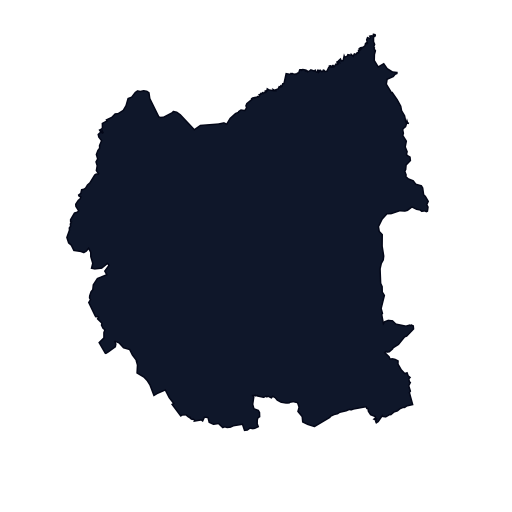 the district of Castleisland Lea-4, Kerry, Ireland, rotated 257°
{"feature_id": "5873133B10619392934553", "entity_name": "Castleisland Lea-4", "entity_type": "district", "adm_level": 2, "iso_a3": "IRL", "parent_name": "Ireland", "parent_adm1": "Kerry", "projection": "mercator", "projection_center": [-9.401, 52.23], "detail": "fine", "context": "isolated", "style": "filled", "palette": "ink", "viewbox_px": 512, "rotation_deg": 257, "n_neighbors": 0, "source": "geoboundaries", "source_scale": "gbopen_adm2", "svg_char_len": 6039}
<svg xmlns="http://www.w3.org/2000/svg" viewBox="0 0 512 512"><g transform="rotate(257 256 256)"><path d="M438.2,166.8L431.7,163.2L427.7,159.4L425.7,153.7L426.1,150.7L423.5,146.7L422.3,141.0L421.2,141.5L419.7,136.1L415.4,135.2L414.5,134.2L413.9,131.9L411.9,132.7L412.7,134.3L410.6,134.7L410.3,134.1L411.7,132.7L409.9,129.6L407.3,129.6L403.1,131.5L398.8,128.4L396.2,127.9L394.5,125.8L390.8,123.3L386.2,123.6L383.7,121.3L379.7,121.6L375.2,119.7L371.6,121.1L371.2,120.4L371.8,118.8L371.2,117.1L364.6,110.6L363.1,107.8L360.5,105.3L359.8,103.5L359.8,101.0L356.4,99.4L355.3,96.9L354.3,97.0L353.1,98.6L351.3,97.6L350.2,95.4L347.0,92.0L344.8,91.7L340.0,93.4L338.9,91.9L338.7,88.8L333.1,83.5L331.1,83.1L330.6,83.8L328.9,82.3L326.8,82.1L325.3,80.4L323.2,80.1L316.6,75.9L310.9,76.4L308.1,78.5L302.4,79.8L299.9,86.2L298.1,89.0L298.9,91.6L301.2,94.7L296.7,95.8L292.5,94.9L285.6,95.3L281.1,93.0L279.7,96.0L278.9,102.9L282.2,109.6L280.0,110.7L275.3,105.3L271.3,106.4L269.7,96.4L264.5,91.0L259.9,89.4L258.3,87.3L254.6,85.0L252.6,84.4L250.8,85.0L248.3,82.6L233.7,85.9L232.8,86.3L232.6,88.3L231.8,88.9L230.4,87.5L225.2,90.8L223.4,89.9L220.0,90.7L218.1,92.2L215.6,90.6L210.4,89.4L206.9,83.7L195.2,87.3L194.9,87.8L195.8,90.5L199.2,98.5L201.7,99.6L204.5,99.2L204.5,99.8L202.1,103.1L196.4,106.3L193.3,111.9L187.4,113.3L180.5,116.4L180.5,115.8L176.4,116.0L168.8,113.8L163.2,119.6L159.1,122.0L154.2,123.7L143.1,125.2L144.3,128.8L145.9,137.5L137.5,139.6L130.8,142.7L130.3,140.9L117.1,146.7L117.7,148.4L117.0,152.0L114.2,154.1L113.5,155.7L112.6,155.4L111.2,157.0L111.1,158.2L109.6,159.4L109.0,158.9L108.6,165.8L107.3,166.9L110.6,169.5L109.4,172.9L104.5,173.0L101.6,176.7L101.2,181.8L96.3,185.0L96.6,187.2L95.4,189.3L95.0,192.5L95.7,195.9L95.1,205.0L88.7,205.6L88.4,208.4L89.7,211.4L88.5,214.0L88.4,216.0L89.2,219.8L92.3,219.4L96.1,220.4L97.9,221.5L98.6,223.4L102.7,224.2L105.0,223.5L107.6,219.6L112.2,219.4L119.1,222.1L120.8,221.4L120.5,223.9L119.9,223.9L119.8,225.9L119.3,225.9L116.6,231.7L117.2,234.2L116.3,234.9L116.7,236.2L114.3,239.1L115.6,240.7L113.6,242.9L110.8,244.3L107.9,247.6L106.0,252.2L105.4,255.2L105.9,256.1L105.7,259.6L103.8,263.5L99.0,264.0L95.1,261.9L89.1,264.9L83.8,264.2L80.3,268.5L76.7,274.6L82.1,291.5L83.2,292.9L84.0,296.7L84.0,300.0L84.9,302.3L84.9,309.1L85.5,312.3L84.7,314.1L85.0,316.8L84.4,329.3L82.5,329.7L82.2,330.8L79.4,330.6L75.6,332.0L72.7,336.1L71.2,335.9L70.5,334.2L69.5,335.3L70.5,336.4L70.2,336.9L67.8,335.4L66.4,335.7L67.2,337.8L72.1,343.2L71.1,343.5L70.1,346.2L71.4,350.5L71.1,351.7L73.0,355.4L73.3,359.0L74.8,361.9L75.4,365.1L75.0,366.7L76.0,369.2L76.0,375.2L88.5,374.7L89.6,376.0L95.2,375.6L98.0,377.9L99.0,377.2L101.9,377.2L103.0,378.8L104.9,377.3L108.2,376.9L108.0,374.5L112.4,371.9L118.7,370.0L121.8,370.8L124.0,368.2L125.1,365.9L125.4,363.4L127.8,363.0L133.0,359.7L133.8,361.3L132.9,362.0L132.7,364.3L134.8,368.2L135.7,368.9L137.8,374.9L143.8,382.6L144.1,384.8L149.5,393.1L152.5,393.5L153.8,391.8L153.3,391.1L154.1,390.3L153.9,386.3L158.2,376.9L162.1,374.4L163.5,370.4L163.0,366.6L161.4,364.9L170.8,365.3L171.6,366.3L176.7,366.1L188.7,372.2L192.5,370.9L197.8,372.0L201.3,371.3L215.6,374.0L220.6,376.4L223.6,379.1L227.2,380.4L237.2,381.1L248.4,383.8L252.2,381.6L257.1,381.9L263.6,387.2L267.7,393.1L266.9,397.2L267.8,406.2L266.3,411.2L266.4,413.8L268.7,419.0L265.4,423.0L264.0,426.2L262.3,427.5L262.0,430.5L260.9,432.0L261.1,433.1L265.0,434.6L267.6,433.9L270.5,436.1L276.0,434.4L277.9,433.1L284.8,433.7L287.2,432.9L290.0,427.8L293.9,426.1L297.0,421.6L299.9,419.7L301.1,420.5L305.1,420.0L306.6,421.3L310.9,422.7L314.3,427.9L317.7,428.3L320.1,425.8L321.5,425.6L323.6,426.7L328.7,425.9L334.1,428.3L340.4,426.1L342.4,427.2L345.8,427.3L347.0,428.0L348.4,430.8L351.1,432.4L351.4,433.2L350.8,434.8L351.7,433.6L353.5,433.5L351.9,432.7L352.6,432.1L359.2,432.3L364.8,430.5L369.4,430.7L376.5,428.7L384.6,425.5L384.4,424.8L394.1,421.6L398.7,423.5L400.0,430.1L401.8,432.4L402.1,434.3L403.1,434.6L404.6,430.4L409.1,425.9L414.6,423.7L412.7,417.6L419.9,415.2L425.7,416.7L429.1,418.5L431.4,417.6L432.1,418.2L433.4,417.8L435.5,419.2L438.3,418.7L441.7,419.5L443.5,420.0L443.2,421.1L443.9,421.8L444.9,421.8L445.6,420.3L443.9,419.5L444.6,417.9L444.6,416.3L443.1,416.7L442.2,415.9L443.7,413.8L441.8,412.5L438.1,412.5L437.9,411.9L439.0,411.8L438.4,410.5L436.3,409.5L435.3,407.4L435.4,404.6L434.7,403.1L434.3,403.1L434.6,404.7L434.2,405.3L432.8,403.2L433.1,402.1L430.8,401.7L431.3,400.3L429.9,398.9L430.8,397.3L428.7,395.6L430.9,394.2L430.2,394.0L431.5,390.8L430.3,390.2L429.7,387.1L431.1,386.9L426.8,384.9L426.9,382.9L428.9,382.6L427.7,380.5L426.4,380.7L427.2,380.0L426.8,378.5L425.6,378.7L425.6,379.9L424.4,379.0L424.3,377.9L425.0,377.1L422.8,374.7L422.9,373.3L423.8,374.3L424.4,373.9L424.2,372.9L423.1,372.5L423.3,371.3L424.6,371.2L424.6,370.3L423.7,370.3L423.4,369.3L420.0,366.6L420.3,364.5L421.5,364.2L422.3,362.9L421.4,363.6L420.9,362.9L420.9,361.4L422.4,360.5L421.2,358.8L422.7,359.2L423.1,357.9L421.4,357.6L421.6,356.2L423.7,355.5L423.1,354.4L425.0,351.3L424.2,349.8L423.9,347.6L425.0,347.4L425.1,346.0L425.9,346.4L427.2,343.5L426.3,341.7L427.2,342.5L427.6,340.5L424.6,338.7L424.9,337.6L423.9,335.9L424.6,335.1L424.3,334.2L425.6,332.5L425.3,331.9L426.0,331.2L425.3,330.1L426.9,326.4L417.8,322.1L417.8,320.8L415.5,319.3L416.2,318.5L415.1,318.1L415.8,316.7L413.8,315.2L413.5,312.6L412.6,312.4L414.3,310.2L413.1,310.4L414.8,306.1L416.3,304.6L415.0,304.1L414.7,302.7L414.1,303.5L413.6,303.0L413.7,301.9L413.2,301.5L413.6,300.8L412.7,299.7L413.6,299.0L412.9,298.3L413.3,297.3L412.5,296.9L412.5,295.4L411.3,295.6L410.5,294.1L411.0,293.5L410.4,292.0L410.8,290.8L410.2,290.3L410.7,289.6L410.7,288.1L410.2,287.1L409.5,287.3L406.6,281.4L404.6,280.0L402.5,280.2L400.2,277.8L401.6,274.2L400.6,271.6L399.9,271.2L399.4,268.1L395.9,261.8L391.0,257.1L392.9,254.7L393.0,249.1L395.7,231.2L392.9,224.3L410.6,214.0L413.9,211.1L415.4,208.0L414.4,206.5L412.0,197.2L412.5,194.0L413.4,192.6L433.3,187.9L439.1,188.4L441.0,186.7L442.3,183.7L442.3,180.3L443.5,177.7L442.5,175.2L438.7,170.6L438.2,166.8Z" fill="#0f172a" stroke="#020617" stroke-width="1.5"/></g></svg>